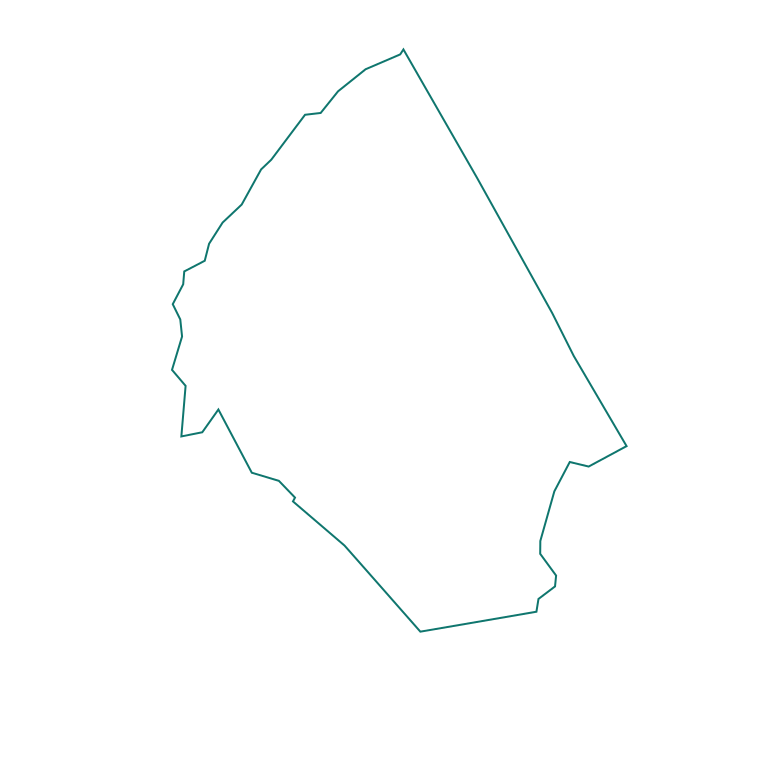 Fairfield, South Carolina, United States of America, rotated 57°
{"feature_id": "52423323B16928233595838", "entity_name": "Fairfield", "entity_type": "district", "adm_level": 2, "iso_a3": "USA", "parent_name": "United States of America", "parent_adm1": "South Carolina", "projection": "robinson", "projection_center": [-81.147, 34.373], "detail": "fine", "context": "isolated", "style": "outline", "palette": "teal", "viewbox_px": 768, "rotation_deg": 57, "n_neighbors": 0, "source": "geoboundaries", "source_scale": "gbopen_adm2", "svg_char_len": 681}
<svg xmlns="http://www.w3.org/2000/svg" viewBox="0 0 768 768"><g transform="rotate(57 384 384)"><path d="M113.5,263.1L122.2,289.5L115.2,303.6L134.5,356.4L137.1,370.2L156.0,405.6L160.7,431.4L171.1,454.3L183.0,467.2L180.8,490.2L191.0,498.1L202.0,517.7L218.9,519.7L234.2,527.5L256.7,554.1L277.5,551.4L317.6,582.5L325.5,562.7L315.2,536.8L386.4,543.2L408.0,524.9L430.8,520.5L432.9,524.3L498.0,505.1L546.7,497.9L611.5,488.4L658.0,380.2L648.4,371.5L646.9,350.8L638.4,344.0L611.5,345.5L600.8,338.4L566.8,299.6L550.6,270.7L564.7,257.3L568.2,214.4L463.9,209.6L416.2,204.3L262.0,193.7L114.0,185.5L116.4,190.9L110.0,228.0L113.5,263.1Z" fill="none" stroke="#0f766e" stroke-width="2"/></g></svg>